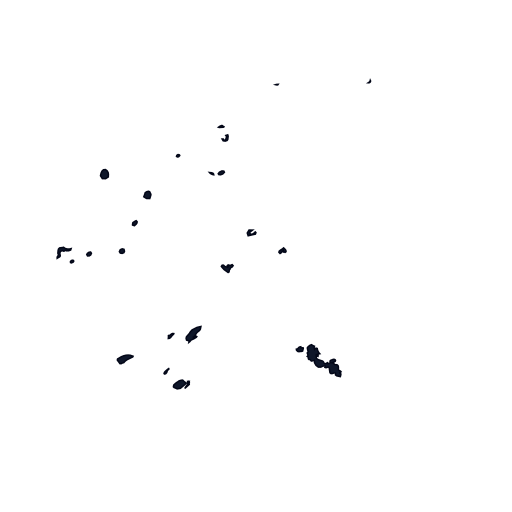 outline of Eastern, rotated 244°
{"feature_id": "FJI-2618", "entity_name": "Eastern", "entity_type": "Division", "adm_level": 1, "iso_a3": "FJI", "parent_name": "Fiji", "parent_adm1": "", "projection": "equal_earth", "projection_center": [179.768, -18.91], "detail": "fine", "context": "isolated", "style": "filled", "palette": "ink", "viewbox_px": 512, "rotation_deg": 244, "n_neighbors": 0, "source": "natural_earth", "source_scale": "10m", "svg_char_len": 5765}
<svg xmlns="http://www.w3.org/2000/svg" viewBox="0 0 512 512"><g transform="rotate(244 256 256)"><path d="M147.0,261.1L147.6,261.0L150.3,261.6L151.2,262.1L151.7,263.4L152.1,265.3L152.0,267.0L150.4,268.0L149.3,269.0L148.8,268.4L148.0,268.1L146.5,267.7L146.9,268.6L146.9,269.4L146.6,270.0L146.0,270.5L145.1,270.2L143.4,270.0L141.5,270.1L140.2,270.5L140.4,269.8L140.6,268.4L140.8,267.7L140.1,268.2L139.6,268.3L139.1,268.1L138.6,267.7L139.0,267.3L139.4,266.6L139.7,266.3L137.6,265.4L135.7,266.4L132.4,269.8L131.2,270.2L130.0,270.2L129.1,270.5L128.7,271.5L128.8,273.7L128.7,274.2L128.3,272.7L127.6,273.4L127.3,274.5L127.5,275.6L128.0,276.1L129.1,276.4L129.5,277.3L129.3,279.9L129.1,280.6L128.6,281.3L127.9,281.7L127.3,281.7L126.6,281.0L126.5,280.1L126.7,277.5L125.6,278.7L125.2,278.9L124.1,278.9L123.4,279.9L123.0,280.8L122.4,281.4L121.3,281.7L120.1,281.4L118.1,280.4L117.2,280.2L115.5,281.5L114.6,281.7L114.3,280.2L113.7,280.2L113.1,280.6L112.4,280.4L111.5,279.7L110.6,278.9L112.9,276.0L114.3,275.3L115.8,276.1L116.6,275.2L116.9,273.0L117.4,271.9L118.2,271.4L119.1,271.4L123.4,272.8L124.1,272.7L124.6,271.9L124.7,270.9L124.9,269.9L125.7,269.1L126.7,270.1L127.4,269.2L127.7,267.4L127.7,265.6L128.8,263.3L131.4,262.0L134.5,261.8L136.6,262.8L137.2,259.9L137.7,259.5L138.9,259.4L139.2,259.1L139.5,258.7L139.8,258.2L140.5,258.0L141.2,258.2L141.9,258.5L142.5,258.5L143.3,258.0L143.9,259.3L146.4,259.5L147.0,261.1ZM216.4,163.3L217.6,166.1L217.7,171.6L216.8,175.6L214.6,173.9L213.8,172.6L213.2,169.8L212.7,168.6L211.3,166.3L210.8,165.1L210.4,163.3L210.1,164.4L210.3,166.5L210.1,167.2L209.5,167.5L209.1,166.7L208.8,163.8L208.9,160.9L208.7,160.4L208.0,158.8L207.8,157.8L208.6,158.4L209.2,158.5L210.8,156.7L211.2,156.7L211.7,156.9L212.7,157.1L213.9,158.1L215.7,162.4L216.4,163.3ZM224.5,90.7L224.3,93.4L223.8,95.7L223.0,97.7L221.9,99.5L219.8,101.6L219.3,101.0L219.3,94.9L219.1,93.3L218.7,91.8L218.1,90.4L218.4,89.0L218.3,87.6L218.9,86.5L222.0,86.0L222.7,85.7L223.4,85.8L224.2,86.5L224.2,87.1L224.5,90.7ZM173.0,125.4L173.5,124.8L174.6,124.4L176.1,125.5L176.8,127.8L177.1,129.2L177.2,130.6L177.5,132.0L177.3,133.5L177.0,134.7L176.6,135.7L174.6,136.4L173.7,136.9L172.4,137.6L171.6,135.8L171.2,134.1L170.2,130.0L171.1,126.9L173.0,125.4ZM396.3,151.4L397.2,152.1L398.6,153.3L399.9,155.0L400.4,156.7L399.7,158.6L398.0,159.5L395.9,159.7L394.2,159.2L391.8,157.9L391.4,154.7L392.9,151.8L396.3,151.4ZM345.3,79.1L347.8,80.6L348.9,81.6L349.4,83.0L348.3,86.3L348.2,86.9L346.7,87.6L345.2,89.2L344.1,91.2L343.7,93.1L342.6,92.0L342.8,90.0L343.7,88.0L344.7,86.9L344.5,85.6L344.9,84.9L345.5,84.6L345.8,84.0L345.8,82.6L345.7,82.0L344.8,81.2L344.0,80.7L342.3,80.3L341.6,79.8L341.3,79.1L341.2,77.1L341.1,76.3L342.2,76.8L342.9,78.0L343.8,79.0L345.3,79.1ZM261.9,220.3L262.3,221.1L262.6,221.6L262.0,222.8L260.2,223.4L259.4,224.4L258.0,225.8L258.5,226.6L259.6,226.0L260.0,226.0L260.2,227.1L258.8,228.7L258.7,230.8L257.3,231.2L256.5,229.5L256.5,227.7L255.6,227.0L255.1,225.9L253.5,224.8L253.4,223.7L254.9,222.9L257.7,221.4L260.7,220.5L261.9,220.3ZM360.2,183.0L361.5,184.2L361.7,186.1L361.3,187.8L360.4,188.6L357.8,188.6L357.1,188.4L356.5,187.9L356.1,187.4L355.7,187.2L354.2,185.7L355.7,182.8L358.4,181.1L360.2,183.0L360.2,183.0ZM154.3,253.0L154.9,253.9L155.1,254.6L155.1,255.5L154.8,256.5L153.8,256.1L153.3,257.1L152.9,258.1L152.2,258.0L150.1,256.2L150.3,255.0L151.0,253.4L151.1,252.7L151.9,251.7L153.5,251.1L154.6,251.4L154.3,253.0ZM276.6,262.2L277.6,257.8L280.5,258.2L282.4,261.1L280.8,264.3L280.1,260.8L278.5,260.4L277.2,261.9L277.4,263.9L278.0,265.9L277.0,266.2L275.9,265.0L276.6,262.2ZM249.3,278.2L250.2,279.0L250.6,280.7L250.8,282.8L251.2,284.4L248.9,285.2L248.0,285.3L246.9,285.0L246.6,284.6L246.5,283.7L247.0,283.4L247.2,283.1L247.5,282.4L247.8,282.5L248.7,282.8L249.1,283.0L248.6,281.5L247.8,279.9L247.7,278.7L249.3,278.2ZM317.9,139.9L316.9,138.7L317.0,136.8L318.1,135.3L319.8,135.1L321.2,136.8L321.1,138.9L319.9,140.3L317.9,139.9ZM344.3,262.1L344.5,259.8L345.4,258.3L346.5,258.1L347.4,259.9L347.4,262.7L346.4,264.3L345.1,264.3L344.3,262.1ZM338.6,158.9L340.0,160.0L340.3,162.4L340.3,163.8L338.9,164.2L337.9,163.5L337.2,162.4L336.5,160.0L337.9,158.6L338.6,158.9ZM373.4,278.2L373.9,279.6L375.1,281.0L376.5,281.9L377.6,281.7L377.3,283.7L375.9,283.5L373.1,281.7L372.5,280.7L372.7,278.8L373.9,277.0L376.0,276.8L375.6,277.8L375.1,278.0L374.4,277.9L373.4,278.2ZM330.6,109.3L329.4,107.9L329.2,106.1L329.9,104.6L331.5,104.5L332.3,105.6L332.6,107.5L332.1,109.1L330.6,109.3ZM222.9,142.4L222.9,142.8L222.8,143.1L222.4,143.7L222.6,144.4L222.9,145.3L223.0,146.3L222.9,147.2L222.3,148.1L221.8,147.6L221.3,145.8L220.8,144.9L220.2,143.6L219.9,142.3L220.3,141.0L221.6,141.8L222.9,142.4ZM169.1,135.3L170.4,137.8L172.0,139.1L173.3,139.5L173.1,140.2L173.0,140.6L172.7,141.0L172.2,140.2L171.7,140.7L171.2,140.5L170.8,139.9L169.8,139.7L168.7,135.8L168.2,133.9L169.1,135.3ZM190.4,124.7L189.8,123.3L189.9,122.2L190.6,121.8L191.5,122.6L192.0,123.6L192.9,126.8L193.1,128.2L192.6,128.2L192.2,127.0L191.8,126.1L191.2,125.4L190.4,124.7ZM386.2,282.7L387.6,279.3L388.2,278.7L388.5,280.6L388.3,282.6L387.7,283.1L387.0,283.2L386.3,283.9L386.0,283.6L386.0,283.4L386.2,282.7ZM330.6,88.9L330.7,87.0L331.4,86.4L332.4,86.8L332.9,88.1L332.6,89.4L332.0,90.0L331.2,89.9L330.6,88.9ZM379.7,231.5L379.1,229.9L379.5,228.7L380.4,228.2L381.2,229.0L381.4,230.1L381.0,231.0L380.4,231.5L379.7,231.5ZM349.8,253.1L349.3,253.6L348.7,253.8L348.1,253.8L347.5,253.6L348.3,252.6L349.3,251.8L350.3,251.1L351.4,250.8L351.0,251.4L350.7,252.0L350.3,252.6L349.8,253.1ZM363.0,435.7L362.3,435.0L362.1,434.3L362.1,433.5L362.5,432.8L362.6,433.6L362.8,434.5L363.2,435.2L363.8,435.7L363.6,435.7L363.0,435.7ZM400.6,351.2L400.3,350.7L400.4,350.1L400.8,349.4L401.4,348.7L401.3,349.4L401.1,350.0L400.6,351.2Z" fill="#0f172a" stroke="#020617" stroke-width="1.5"/></g></svg>